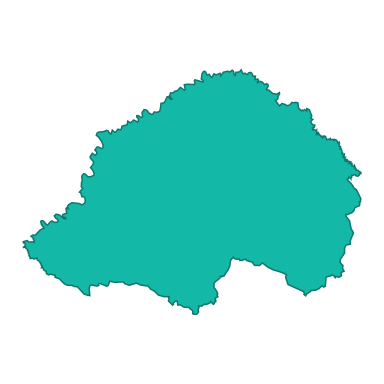 outline of Luvianos, México, Mexico
{"feature_id": "50627088B51111814916404", "entity_name": "Luvianos", "entity_type": "district", "adm_level": 2, "iso_a3": "MEX", "parent_name": "Mexico", "parent_adm1": "México", "projection": "orthographic", "projection_center": [-100.389, 18.947], "detail": "fine", "context": "isolated", "style": "filled", "palette": "teal", "viewbox_px": 384, "rotation_deg": 0, "n_neighbors": 0, "source": "geoboundaries", "source_scale": "gbopen_adm2", "svg_char_len": 5928}
<svg xmlns="http://www.w3.org/2000/svg" viewBox="0 0 384 384"><path d="M204.7,71.2L203.2,71.8L202.0,73.9L201.3,79.2L203.2,80.5L202.9,82.0L194.9,79.8L194.3,81.0L195.1,83.0L194.3,84.5L187.4,84.2L184.3,84.7L185.2,89.2L184.5,90.2L180.3,87.4L177.3,90.8L175.0,91.1L172.8,93.0L170.6,92.9L169.5,95.8L172.0,99.1L170.3,99.1L168.1,96.6L167.0,96.9L164.8,101.9L163.6,102.9L161.0,103.3L160.4,108.8L159.5,111.5L157.0,112.3L154.2,112.0L152.8,114.1L151.5,114.4L149.0,113.1L147.1,110.6L145.4,109.7L144.0,109.7L142.0,112.6L142.6,116.6L142.2,117.2L141.0,117.4L138.0,115.5L136.8,115.7L136.8,117.1L138.5,119.1L138.4,120.9L137.6,122.0L133.6,120.0L130.7,122.9L127.8,121.1L127.2,124.7L122.1,126.1L121.2,129.3L120.5,129.8L117.9,129.2L115.7,132.1L114.6,132.2L112.3,130.1L111.1,133.9L109.9,133.7L108.0,130.8L106.4,130.4L104.1,131.5L98.6,132.1L97.1,133.0L96.3,135.3L98.4,136.9L101.7,141.6L103.1,145.5L103.0,147.7L101.6,148.6L98.0,146.9L96.8,147.2L94.9,150.0L96.6,151.9L96.8,153.9L94.9,155.2L92.3,153.3L90.1,156.6L90.5,158.3L93.6,161.8L93.1,164.3L90.5,167.7L92.4,169.8L94.1,173.3L93.9,175.2L90.8,176.7L88.0,176.8L85.3,174.1L83.8,173.7L82.1,175.4L81.7,177.1L82.4,180.4L81.5,182.6L81.3,186.7L82.7,188.6L79.4,192.1L80.9,193.0L81.9,196.8L83.4,196.6L84.9,197.7L85.3,200.8L84.7,203.1L82.0,204.9L79.5,203.6L71.9,202.7L68.5,204.8L67.5,206.3L68.3,208.8L66.4,207.9L65.9,208.8L66.8,213.3L62.9,214.4L62.5,215.3L62.9,217.1L65.4,217.6L66.0,218.2L65.6,219.0L63.8,218.4L59.4,215.0L56.1,214.2L54.3,215.9L55.7,218.2L57.8,219.7L58.1,221.0L57.6,222.0L54.1,222.4L52.2,220.9L50.3,221.8L47.7,225.0L46.5,224.6L43.3,221.0L42.1,220.6L40.7,221.3L41.5,224.7L44.1,228.0L40.0,230.1L35.2,235.3L32.9,235.0L31.0,236.2L33.6,238.5L33.3,239.3L34.3,241.0L34.3,242.3L32.3,241.7L29.3,242.3L27.0,240.5L23.2,241.8L23.5,242.9L25.0,243.2L25.2,244.5L25.1,245.8L23.0,247.7L25.6,247.0L25.7,248.0L27.5,249.6L27.6,250.9L28.5,251.2L28.2,253.0L29.2,254.5L28.9,255.7L30.2,257.3L30.1,258.5L33.2,258.3L34.0,259.1L36.9,258.0L37.2,259.8L39.7,261.7L40.1,263.0L41.1,263.6L41.1,265.2L42.3,265.8L41.4,267.7L42.9,267.7L43.9,270.2L46.1,271.3L46.3,273.3L47.0,274.0L48.6,274.9L50.5,274.2L55.3,275.3L55.1,277.3L59.3,278.7L64.5,284.0L68.1,285.4L72.0,285.3L74.2,286.5L77.5,286.8L83.9,293.9L87.0,295.1L89.8,295.6L89.2,288.2L90.1,285.5L91.2,285.0L97.1,286.1L98.7,285.4L98.2,284.7L99.1,283.6L100.3,283.6L107.0,286.3L108.2,285.3L109.8,281.2L114.7,282.3L122.6,281.9L124.1,282.4L124.4,283.5L129.2,285.3L136.4,283.1L140.5,285.0L148.1,286.1L150.7,289.2L154.1,290.9L158.6,295.2L164.3,296.7L169.1,296.6L168.6,297.8L169.1,299.3L168.4,301.0L172.7,305.2L173.5,304.2L173.3,303.2L175.7,301.0L177.3,301.3L177.7,305.1L180.3,304.9L183.9,307.1L189.4,307.5L189.7,308.5L192.2,310.3L193.1,312.3L192.6,312.9L192.9,313.9L193.5,314.2L196.9,314.1L198.6,311.9L198.1,309.9L199.0,307.3L198.5,306.0L201.8,306.1L204.0,304.2L205.8,304.6L209.9,303.0L210.8,301.5L213.2,304.3L214.2,303.7L215.0,301.6L215.7,301.6L215.8,300.1L215.0,299.5L215.8,297.7L217.8,296.9L217.8,296.3L217.1,294.9L217.7,293.6L216.9,291.5L214.0,287.4L214.0,283.6L214.8,282.2L219.8,278.2L220.3,276.4L221.7,276.8L221.9,276.0L223.8,276.2L228.1,269.8L229.7,266.3L230.6,260.4L233.2,257.1L234.3,258.5L236.3,259.3L239.1,258.9L239.9,260.4L241.6,260.5L245.5,259.1L246.7,260.6L252.2,262.1L254.5,265.4L259.5,265.5L262.5,263.0L267.9,267.2L273.4,269.9L281.8,272.4L285.3,274.1L286.5,275.0L285.6,277.2L288.0,284.5L303.6,291.6L304.4,293.6L303.9,294.3L305.7,295.8L306.7,293.9L310.2,291.7L310.9,290.6L316.0,290.1L319.2,288.4L322.0,285.8L323.8,287.2L324.6,286.2L325.3,286.3L326.1,277.0L330.7,275.9L332.2,274.9L334.4,276.3L335.2,277.7L336.1,276.4L338.4,277.2L340.8,276.4L341.4,275.6L341.1,272.5L344.1,271.2L342.5,268.3L343.0,265.6L340.2,262.7L340.3,259.4L344.5,253.2L344.6,248.0L346.1,245.0L350.2,244.3L350.5,240.0L353.5,232.9L351.1,228.6L349.5,220.7L345.9,216.1L345.8,214.5L347.4,214.6L352.0,212.6L353.8,210.8L354.9,207.6L359.4,205.7L359.9,203.6L359.3,201.9L360.5,201.7L360.5,199.4L360.9,198.9L356.4,189.7L354.2,188.2L351.7,184.2L347.2,179.6L348.5,178.6L348.8,176.9L350.7,178.7L350.5,177.9L351.6,177.5L351.8,175.2L353.3,175.4L354.7,174.5L355.6,174.9L355.9,175.8L357.9,176.2L359.2,175.2L359.6,173.6L361.0,173.5L360.7,172.2L358.6,171.3L358.4,170.5L355.8,170.0L356.2,169.2L355.2,167.5L354.5,167.8L354.8,166.1L354.3,165.2L353.9,166.1L352.4,166.4L352.1,165.5L351.5,166.3L352.2,162.9L351.4,163.9L351.0,163.0L349.4,163.5L350.7,161.9L348.7,161.2L348.2,161.9L347.6,160.7L347.3,161.5L346.4,161.5L346.0,161.0L347.0,159.7L346.5,159.4L345.1,160.6L345.0,158.2L344.2,157.9L345.1,157.2L343.1,156.9L344.1,156.1L344.3,154.2L343.4,154.8L342.7,154.6L342.7,153.1L341.7,153.4L342.0,151.4L341.1,148.7L340.1,148.9L340.6,146.6L339.5,146.5L338.9,145.7L339.5,143.5L339.1,142.1L338.0,142.9L336.8,140.6L335.6,139.6L334.0,140.4L334.0,139.4L330.8,139.6L330.4,138.8L330.1,139.5L329.7,138.9L326.7,139.7L325.4,136.3L323.9,136.0L323.9,136.8L322.8,136.5L322.5,137.5L322.0,136.3L320.8,136.5L320.6,135.4L319.4,135.1L319.1,134.0L317.8,134.3L318.3,132.4L317.4,132.4L316.5,133.8L316.6,129.9L315.8,130.5L313.5,129.1L313.4,129.9L312.7,129.9L312.4,127.9L314.2,127.2L314.9,125.2L312.6,124.7L310.5,121.6L312.8,119.4L310.7,118.1L311.8,116.1L309.4,109.8L306.8,108.6L306.6,111.0L304.7,109.6L303.3,110.6L302.4,110.0L301.3,110.8L298.5,107.9L297.9,102.8L295.8,102.3L293.9,102.8L291.9,102.4L289.8,105.0L286.8,105.7L285.3,104.5L282.0,103.5L279.5,105.9L275.6,100.7L277.9,98.9L277.9,96.7L279.6,93.7L279.4,92.6L276.8,94.2L272.7,93.5L268.9,90.1L266.8,89.9L266.6,89.0L268.2,86.3L267.9,84.4L266.3,83.7L264.6,84.7L262.4,82.2L260.6,81.4L257.5,82.7L257.5,81.5L258.6,80.4L257.7,79.0L254.9,79.6L255.4,76.1L253.2,76.4L251.8,73.2L250.7,72.4L248.4,73.0L247.5,74.5L246.2,74.2L245.2,73.2L242.8,73.7L241.2,69.8L239.3,72.0L235.9,72.3L235.3,75.5L234.3,75.1L233.4,71.1L232.2,70.2L229.5,72.1L227.9,71.2L223.3,72.2L220.8,75.9L220.1,73.3L216.1,74.9L214.0,73.8L211.9,77.4L210.6,76.7L209.3,74.3L206.9,75.1L205.6,72.0L204.7,71.2Z" fill="#14b8a6" stroke="#0f766e" stroke-width="1.5"/></svg>